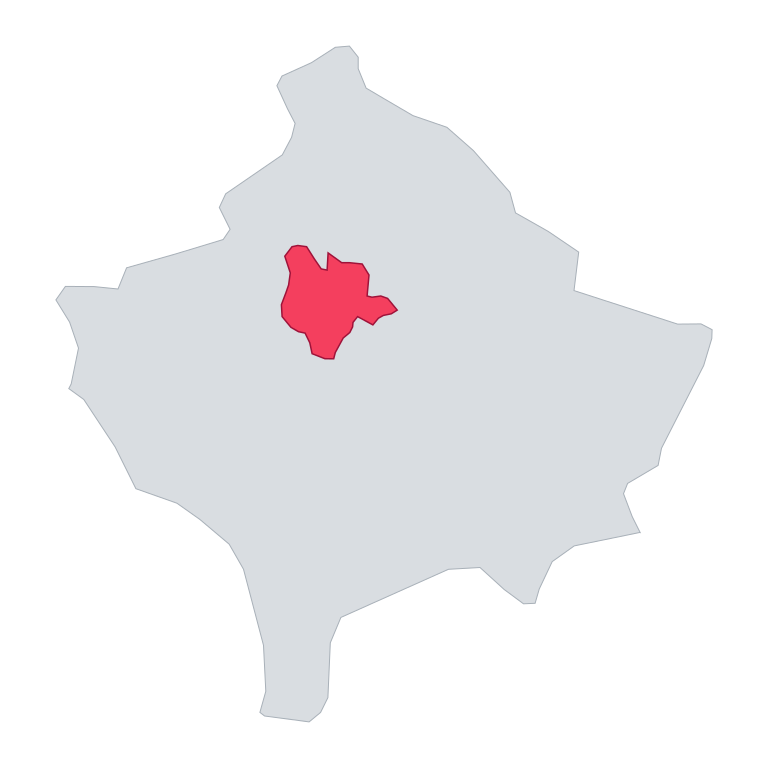 Srbica highlighted on a map of Kosovo
{"feature_id": "KOS-5896", "entity_name": "Srbica", "entity_type": "District", "adm_level": 1, "iso_a3": "XKX", "parent_name": "Kosovo", "parent_adm1": "", "projection": "natural_earth1", "projection_center": [20.758, 42.727], "detail": "fine", "context": "in_parent", "style": "filled", "palette": "rose", "viewbox_px": 768, "rotation_deg": 0, "n_neighbors": 0, "source": "natural_earth", "source_scale": "10m", "svg_char_len": 1533}
<svg xmlns="http://www.w3.org/2000/svg" viewBox="0 0 768 768"><path d="M175.8,253.9L223.2,239.5L230.1,229.3L219.3,207.5L225.7,193.8L282.3,154.9L291.6,137.3L295.1,123.4L287.5,108.8L276.9,85.7L282.0,76.0L311.4,62.7L335.3,47.3L349.4,46.1L358.2,57.2L358.2,68.7L366.1,88.1L383.7,98.5L412.9,115.6L446.9,127.3L473.5,150.7L509.9,192.3L515.5,212.9L548.2,231.4L578.7,252.1L574.0,290.6L677.6,324.1L701.0,323.9L712.1,329.7L711.8,338.5L703.7,365.5L661.5,448.2L658.1,465.4L627.6,483.4L623.5,493.7L632.2,516.6L640.2,532.6L639.6,532.5L574.2,545.9L552.2,561.6L539.2,589.1L535.1,603.3L523.5,603.8L504.3,589.6L480.0,567.5L448.4,569.3L340.9,617.4L330.3,642.8L327.9,697.6L320.6,712.4L309.1,721.9L264.6,716.0L259.9,712.4L265.8,691.3L263.5,645.3L243.5,569.2L229.2,544.2L199.8,519.4L176.9,503.2L135.9,488.7L115.1,446.9L83.8,399.5L68.8,388.6L71.2,383.9L78.5,348.1L69.6,322.1L55.9,299.9L65.4,286.4L94.2,286.6L118.0,289.0L126.6,267.8L175.8,253.9Z" fill="#d9dde1" stroke="#a8b0b8" stroke-width="1"/><path d="M282.1,316.6L281.4,304.7L285.9,292.8L288.6,285.0L290.3,272.9L284.8,256.2L292.0,246.7L297.8,245.5L306.6,246.7L314.4,259.0L321.2,268.9L327.1,270.1L328.1,252.9L341.7,262.7L349.5,262.7L362.2,264.0L369.0,275.0L368.1,284.9L367.1,296.0L372.0,297.2L380.8,296.0L387.6,298.4L397.2,310.1L391.3,313.8L383.4,315.4L378.4,318.2L372.9,324.9L357.6,316.6L353.0,322.4L352.6,326.9L349.8,332.5L343.2,338.0L335.3,352.5L333.7,358.8L324.9,358.7L312.1,353.7L309.8,342.8L305.1,333.1L298.5,331.7L291.0,327.4L282.1,316.6Z" fill="#f43f5e" stroke="#9f1239" stroke-width="1.5"/></svg>